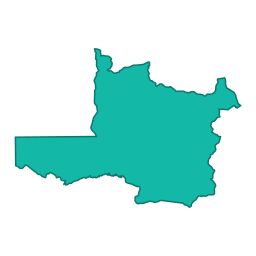 the border of North-Western
{"feature_id": "ZMB-521", "entity_name": "North-Western", "entity_type": "Province", "adm_level": 1, "iso_a3": "ZMB", "parent_name": "Zambia", "parent_adm1": "", "projection": "albers", "projection_center": [25.141, -12.794], "detail": "fine", "context": "isolated", "style": "filled", "palette": "teal", "viewbox_px": 256, "rotation_deg": 0, "n_neighbors": 0, "source": "natural_earth", "source_scale": "10m", "svg_char_len": 5786}
<svg xmlns="http://www.w3.org/2000/svg" viewBox="0 0 256 256"><path d="M15.7,165.7L15.4,137.2L96.4,136.5L95.9,135.0L95.2,133.7L94.3,132.5L92.1,130.3L91.3,129.1L90.9,127.8L91.2,126.2L92.0,124.3L93.4,118.4L93.9,117.2L97.1,112.5L97.4,111.8L97.5,111.1L97.1,109.3L96.9,106.8L96.5,105.7L95.5,104.7L94.6,103.4L94.4,101.5L94.8,90.5L95.7,88.5L95.8,88.0L95.6,87.0L95.4,83.9L94.3,81.4L94.3,80.3L94.5,79.5L95.2,77.9L96.3,76.1L96.5,75.7L96.4,74.0L96.5,73.0L96.9,72.4L98.2,71.4L98.6,70.9L98.5,70.4L96.8,66.4L96.5,65.3L96.7,59.5L95.9,59.4L95.6,58.8L95.8,57.2L95.8,54.9L96.2,53.4L96.0,52.8L95.2,51.6L95.0,50.9L94.7,48.9L96.0,48.9L97.9,49.3L99.7,49.9L100.6,50.8L100.4,52.2L100.8,54.0L100.8,55.4L101.0,55.9L102.7,55.5L103.3,55.5L105.6,56.0L107.9,56.1L108.8,56.5L110.0,57.3L111.0,58.2L111.5,59.0L111.3,59.5L110.7,60.3L110.7,60.8L110.9,61.3L111.9,62.3L112.1,63.0L112.1,63.9L111.9,65.5L110.3,68.3L109.8,68.8L108.1,69.3L107.6,69.8L107.9,70.5L108.6,70.8L111.0,70.9L111.9,71.5L113.3,72.7L114.1,73.1L115.0,73.2L115.9,73.0L117.6,72.4L118.9,72.3L119.1,72.0L119.4,71.1L120.0,70.5L121.7,69.9L123.3,68.1L124.8,67.4L127.9,67.4L129.4,67.1L132.4,65.6L134.1,65.1L135.7,65.2L141.5,64.7L143.9,64.2L147.7,62.2L149.0,62.0L149.5,62.5L149.6,65.7L147.9,66.7L148.8,67.7L148.5,68.5L147.7,69.3L147.7,70.3L148.0,71.2L149.2,73.5L149.2,73.9L148.6,74.5L148.5,74.9L148.6,76.0L149.7,79.4L150.4,80.4L150.6,80.6L152.0,80.8L152.8,81.7L155.1,82.8L155.8,83.5L155.9,84.1L155.6,85.1L155.8,85.7L156.4,86.0L157.2,86.0L158.1,85.2L159.1,85.0L159.3,84.2L159.7,84.0L161.5,84.0L162.9,84.9L164.2,86.1L165.7,87.0L166.4,87.1L168.8,87.2L169.2,87.1L170.3,86.6L170.7,86.7L173.3,88.9L174.1,89.2L174.7,89.6L175.3,90.9L176.0,91.2L183.4,91.2L184.4,91.6L186.0,92.5L187.4,92.4L188.3,92.8L188.7,92.9L190.4,92.0L191.9,91.7L193.4,91.7L194.4,92.0L196.4,93.7L197.9,94.2L201.1,94.4L202.6,94.8L204.1,95.8L204.8,96.1L205.6,95.9L206.2,95.3L206.7,94.6L207.3,94.1L210.2,94.3L211.9,93.9L213.5,93.1L214.9,91.7L215.7,90.1L215.9,86.7L216.3,85.1L217.9,83.0L218.0,81.9L217.5,80.2L217.5,79.4L218.1,78.8L219.7,78.9L221.2,78.4L223.0,78.3L224.4,77.8L225.1,78.8L225.5,80.7L225.6,82.7L225.5,84.1L226.5,87.7L234.0,92.4L235.8,95.7L236.0,97.3L237.9,103.0L238.5,103.9L240.6,105.6L238.8,106.9L238.0,107.2L237.4,108.0L236.8,107.7L235.7,107.5L235.6,107.2L235.6,106.7L234.1,105.6L233.5,105.8L232.1,106.9L231.3,107.1L230.5,108.0L229.2,108.7L228.5,109.5L228.0,109.8L223.0,109.2L221.3,109.5L219.0,109.2L219.5,111.4L219.5,112.7L219.1,113.6L219.1,114.5L219.5,116.0L219.9,116.7L219.5,116.9L217.9,117.2L217.2,117.6L214.7,120.9L213.9,121.3L212.8,121.4L212.2,121.7L211.5,122.7L211.0,124.8L210.5,125.8L210.7,126.2L211.3,126.9L211.5,127.5L212.8,128.8L213.0,129.2L212.8,129.8L211.9,131.5L211.9,131.9L212.0,132.2L213.2,132.9L213.9,133.6L215.0,134.0L215.7,134.5L216.8,134.6L217.1,134.8L217.5,135.5L218.0,135.8L218.2,136.4L218.5,136.5L219.8,136.5L220.5,136.7L219.3,141.4L219.1,142.0L218.4,142.9L215.9,144.5L215.2,145.3L215.1,146.7L215.2,147.3L215.6,148.2L215.8,149.4L215.5,150.4L214.7,151.7L213.7,152.2L213.5,152.4L212.8,153.8L210.9,154.7L210.6,155.2L210.1,157.5L208.9,158.7L208.3,160.4L208.1,163.1L208.5,164.4L209.2,165.2L211.2,166.5L211.9,167.5L212.3,168.5L212.7,169.1L214.4,170.1L214.6,170.4L214.5,171.2L213.3,173.2L212.9,174.1L212.8,175.2L212.7,178.2L212.1,178.6L210.9,179.0L210.7,179.3L210.9,179.6L212.5,180.5L212.9,180.9L214.9,183.5L215.5,184.8L215.6,185.7L215.5,186.4L214.4,188.2L214.5,193.2L214.3,193.8L213.4,194.7L208.5,194.8L207.9,195.0L206.5,196.0L205.7,196.2L202.4,195.9L202.0,196.0L201.7,196.4L201.5,196.5L201.0,196.4L199.8,195.9L199.2,196.0L198.5,196.2L197.7,197.0L196.0,199.6L193.4,201.5L191.8,203.5L191.3,204.3L191.1,206.4L189.7,207.0L189.3,207.1L188.9,207.0L188.1,206.0L186.3,205.1L185.3,205.0L184.2,204.6L183.3,203.2L161.3,200.4L159.9,200.6L158.4,201.6L157.4,201.6L155.8,202.3L154.1,202.3L153.4,201.9L152.2,201.5L149.1,201.3L147.7,201.9L146.0,202.3L144.1,203.1L142.6,203.4L140.3,203.3L138.4,203.7L137.5,203.6L136.6,203.0L135.2,201.2L135.0,200.3L135.2,199.0L135.1,197.4L135.4,196.8L137.7,195.8L138.5,194.9L138.7,192.9L138.9,192.0L139.7,190.4L140.0,189.5L140.0,187.7L139.8,187.1L139.1,186.4L138.8,186.3L137.2,186.6L136.8,186.5L131.6,184.0L128.7,183.4L126.4,182.5L126.1,182.3L125.6,181.2L125.5,179.5L125.1,178.1L123.1,175.9L122.8,175.9L121.9,176.3L121.7,176.7L121.6,177.5L121.2,177.5L121.1,177.4L121.2,176.1L120.3,176.0L120.2,176.1L120.2,176.8L120.0,177.1L119.2,176.8L118.7,176.9L118.1,176.1L117.3,175.6L116.1,174.2L115.5,174.7L115.1,174.8L115.4,175.5L113.9,175.6L113.4,176.1L113.2,176.1L112.7,175.4L112.2,175.8L111.8,175.9L109.9,175.2L109.7,175.0L109.7,174.3L109.4,173.7L109.0,173.3L108.6,173.2L108.5,173.5L108.2,174.0L108.6,174.7L108.5,175.0L107.5,175.0L105.8,173.8L105.4,173.7L104.3,174.2L103.9,174.7L102.8,174.7L102.3,175.4L101.6,175.8L101.0,175.8L100.5,175.4L100.1,175.4L99.8,175.7L99.4,176.7L99.1,176.8L98.5,176.2L97.2,177.4L96.2,177.7L95.8,177.6L94.5,177.1L93.0,177.7L91.5,177.3L90.8,177.3L90.2,177.1L89.9,176.7L89.9,175.9L89.5,176.1L88.5,177.0L87.2,177.4L85.9,178.2L85.2,178.0L84.6,177.5L83.9,177.3L83.3,177.5L81.9,178.3L80.3,178.7L78.2,180.2L74.1,181.3L73.0,181.9L71.3,183.3L70.8,183.4L69.6,183.3L68.9,183.5L67.9,184.4L67.2,184.7L65.6,184.8L65.8,184.1L65.6,183.6L64.0,184.2L64.1,183.4L65.7,181.0L65.3,180.8L62.2,180.5L61.6,180.3L61.3,180.0L60.9,179.3L60.6,177.6L59.9,177.1L59.0,177.0L57.8,177.5L57.1,177.7L56.6,177.6L56.3,177.2L56.0,176.2L55.2,175.2L51.7,173.0L50.7,172.6L50.1,172.6L48.8,173.8L46.5,174.1L46.3,174.4L45.8,177.1L45.5,177.5L45.0,177.6L44.5,177.5L43.4,176.8L41.9,176.4L41.4,175.4L41.0,175.1L40.3,174.9L40.0,174.6L38.2,174.3L37.2,173.7L36.6,172.6L33.8,170.9L27.9,166.0L26.5,165.3L25.8,165.1L25.4,165.2L25.1,165.4L24.5,166.3L23.7,166.9L23.3,167.6L22.0,168.3L21.3,168.4L20.0,168.3L17.7,166.4L16.5,165.9L15.7,165.7Z" fill="#14b8a6" stroke="#0f766e" stroke-width="1.5"/></svg>